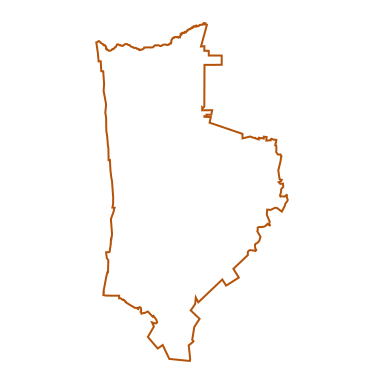 Tamuín, San Luis Potosí, Mexico (Robinson projection)
{"feature_id": "50627088B83737206456413", "entity_name": "Tamuín", "entity_type": "district", "adm_level": 2, "iso_a3": "MEX", "parent_name": "Mexico", "parent_adm1": "San Luis Potosí", "projection": "robinson", "projection_center": [-98.718, 22.082], "detail": "fine", "context": "isolated", "style": "outline", "palette": "amber", "viewbox_px": 384, "rotation_deg": 0, "n_neighbors": 0, "source": "geoboundaries", "source_scale": "gbopen_adm2", "svg_char_len": 5729}
<svg xmlns="http://www.w3.org/2000/svg" viewBox="0 0 384 384"><path d="M169.3,358.9L189.8,361.0L190.2,359.0L188.7,345.4L192.8,342.1L193.5,341.3L192.2,339.8L194.3,326.9L199.6,318.8L190.7,310.4L194.8,304.7L195.2,303.7L195.8,297.5L198.3,302.3L222.3,279.5L226.1,285.6L238.8,277.6L233.4,268.8L247.5,255.4L247.9,255.0L247.8,254.2L247.8,252.5L248.0,251.8L248.7,250.8L249.8,250.2L250.5,250.2L253.2,250.4L254.4,250.7L255.4,251.0L256.3,250.0L255.3,248.5L255.2,248.1L255.0,244.9L255.1,244.5L255.4,243.9L255.7,243.7L257.3,243.0L259.3,240.8L260.5,236.8L257.3,231.3L257.7,230.5L257.7,227.6L258.5,227.1L262.1,227.0L262.2,226.9L264.1,226.7L265.8,225.7L266.6,224.5L267.1,224.4L270.5,225.7L268.9,223.8L269.2,223.8L269.7,221.8L269.6,221.4L266.9,215.1L266.8,214.3L267.2,209.6L270.6,209.9L275.0,207.8L277.0,208.0L281.8,211.6L284.8,205.9L285.2,204.0L287.6,200.5L287.7,199.9L287.6,199.4L286.8,197.3L286.9,195.1L286.6,194.9L284.5,196.6L280.9,196.2L280.5,196.5L280.0,195.6L281.1,191.8L281.1,189.7L281.4,188.8L283.2,187.0L283.0,183.6L280.3,183.9L278.7,182.2L281.0,181.2L281.7,179.8L279.6,179.2L278.7,173.3L278.3,170.4L279.8,164.2L279.9,163.9L280.7,160.3L281.0,157.2L281.1,156.9L281.5,156.6L280.7,154.8L280.5,154.5L278.1,154.6L277.1,153.5L276.2,152.1L276.2,151.9L276.4,149.0L276.2,145.6L275.2,145.2L275.5,144.7L275.5,143.4L275.7,143.0L276.0,142.7L276.0,141.9L276.4,140.0L276.3,139.8L273.7,139.7L271.5,138.7L271.2,138.8L270.5,139.6L270.5,140.0L270.6,140.3L266.3,140.6L266.6,137.0L263.8,136.7L263.7,138.6L261.4,138.0L260.2,138.4L259.9,138.4L259.4,137.8L259.1,137.6L258.7,137.8L258.6,138.1L258.6,139.4L255.3,138.3L255.2,137.9L254.6,138.0L253.8,137.9L253.3,137.8L253.2,137.6L250.6,136.8L250.2,136.5L242.5,138.4L242.5,133.9L209.6,122.7L210.8,117.1L204.4,116.8L204.4,116.2L206.6,116.3L206.5,114.7L211.3,114.8L212.2,110.2L202.2,110.3L202.2,107.3L203.0,108.0L204.1,106.9L204.3,105.8L204.5,64.9L221.7,64.8L221.7,60.2L221.7,55.5L208.8,55.5L208.7,50.8L204.3,50.8L204.4,46.2L201.0,46.5L206.9,24.9L206.9,24.7L206.4,24.6L205.5,24.6L205.5,24.4L205.6,24.2L205.3,23.9L205.2,24.0L205.1,23.9L205.2,23.6L204.8,23.7L204.8,23.3L204.5,23.3L204.3,23.0L204.1,23.0L204.0,23.3L203.4,23.5L203.5,23.8L203.9,24.0L203.7,24.2L203.3,24.2L203.0,24.7L202.6,24.7L202.4,24.4L202.1,24.5L201.7,24.7L201.4,24.9L200.6,24.8L199.8,25.1L199.5,25.0L199.2,25.6L198.2,26.2L197.4,26.2L196.6,25.5L196.2,25.5L195.4,26.0L195.3,26.4L195.4,26.6L194.6,26.5L194.5,26.3L194.3,26.3L194.1,26.6L193.5,26.3L193.2,26.6L193.2,27.4L193.0,27.6L192.9,27.6L192.5,27.9L192.2,27.9L192.0,27.7L191.8,27.5L191.6,27.6L191.6,28.1L191.2,28.3L191.1,28.5L190.5,28.7L190.2,29.1L189.7,29.0L189.4,29.3L189.1,29.2L188.6,29.5L188.3,29.8L188.1,29.7L187.8,29.9L187.8,30.2L187.6,30.5L187.4,30.4L187.1,30.6L186.6,31.5L186.2,31.9L185.8,31.8L185.7,32.4L185.4,32.3L185.3,32.1L185.1,31.9L184.5,32.1L184.6,32.7L184.4,32.9L184.1,32.8L183.6,33.0L183.3,32.9L182.7,33.1L182.1,32.9L182.0,33.3L182.1,33.5L181.9,33.8L181.3,33.7L181.1,33.8L180.9,33.7L180.7,33.8L180.8,34.2L181.0,34.6L181.0,34.9L180.7,34.9L180.7,35.1L180.9,35.2L180.7,35.4L180.0,36.2L180.0,36.9L179.8,37.1L179.8,37.3L179.4,37.2L178.8,37.1L178.5,37.6L177.7,37.4L177.7,37.1L175.3,37.0L174.8,37.1L174.2,37.8L173.9,37.9L173.6,37.5L173.4,37.5L172.8,38.1L172.7,38.3L172.4,38.5L172.2,39.2L171.9,39.3L171.6,39.8L171.6,40.1L171.3,40.5L171.4,41.1L171.3,41.4L171.3,42.0L171.1,42.1L171.0,42.5L171.2,42.9L170.8,43.7L169.9,43.8L169.5,44.1L169.4,43.9L168.8,44.4L168.7,44.7L167.6,45.1L167.1,45.0L166.6,44.7L164.0,44.6L163.1,44.7L162.5,45.2L161.5,45.6L161.2,46.0L160.1,46.1L159.0,45.4L158.3,45.4L157.8,45.2L157.2,45.2L156.4,45.6L155.3,45.2L154.2,45.8L153.4,47.0L152.9,47.3L150.6,47.5L147.8,47.3L146.8,47.5L145.9,47.4L145.5,47.5L144.2,47.5L143.8,48.5L142.8,49.2L141.8,49.7L141.3,49.5L140.6,49.7L140.2,50.0L139.7,50.2L139.0,49.9L138.7,49.0L137.8,48.7L137.1,48.9L136.7,48.4L136.2,48.1L135.4,47.9L133.8,47.9L133.3,47.6L132.8,47.0L131.7,46.8L130.8,46.5L129.6,45.1L128.3,45.0L127.5,44.3L127.0,44.1L126.7,44.2L126.2,44.0L125.7,44.0L125.3,44.1L124.3,44.6L122.9,45.9L121.9,45.8L120.4,45.1L120.2,45.4L119.9,45.3L119.2,45.0L118.3,44.4L117.0,44.5L116.7,45.3L116.0,46.6L115.5,47.3L114.7,47.4L114.2,48.3L113.3,49.2L112.7,49.0L112.4,49.1L111.2,50.3L110.5,50.6L110.1,50.5L109.8,50.8L109.1,50.8L108.4,50.5L107.9,50.0L107.0,49.8L106.8,49.5L106.8,48.9L106.0,48.8L105.9,47.9L106.2,47.1L106.0,46.8L105.8,46.4L105.3,45.9L105.2,45.5L105.1,45.3L104.8,45.2L104.5,45.6L103.7,45.3L103.3,44.8L103.2,44.3L100.8,42.9L100.7,42.5L100.3,42.4L100.0,42.0L99.2,41.2L98.6,41.1L97.0,42.3L96.3,42.4L97.9,53.3L98.6,61.4L100.7,61.3L101.3,71.2L103.2,71.3L104.0,82.4L104.1,84.4L103.6,90.8L106.0,103.8L106.0,105.8L105.3,112.7L106.1,117.5L106.3,130.9L107.3,136.7L107.2,138.2L107.5,139.9L107.9,145.6L108.4,148.2L108.6,160.2L109.9,160.0L110.5,170.8L111.4,178.1L112.0,181.1L113.2,197.6L113.1,203.4L112.9,205.3L112.4,207.6L114.6,207.8L114.1,209.1L113.8,210.6L113.8,211.0L110.9,219.1L112.0,233.7L112.0,234.8L111.3,239.3L111.0,239.1L110.7,243.8L110.8,243.8L109.7,251.2L109.4,252.1L106.1,252.3L106.8,258.0L108.3,260.2L108.0,272.3L107.3,272.3L106.2,277.2L103.6,290.9L103.5,292.4L103.8,292.4L103.7,292.9L103.4,295.1L106.3,295.6L119.1,295.7L119.1,298.3L119.9,298.2L120.6,298.3L122.6,299.8L123.0,299.9L123.5,299.7L123.8,300.1L124.2,300.1L124.8,300.8L125.3,301.6L125.8,301.7L125.8,302.0L125.7,302.3L128.0,303.7L130.2,305.1L132.7,306.5L134.7,307.8L138.0,307.9L138.1,308.0L137.6,308.6L137.7,308.9L138.2,309.1L138.5,308.3L139.2,307.2L139.7,307.2L140.4,307.5L140.7,307.8L141.0,308.5L141.2,310.6L140.6,311.8L141.2,312.2L141.5,313.7L143.6,313.0L144.8,312.9L147.9,311.5L152.7,316.7L153.4,315.9L156.3,319.7L157.2,322.3L156.3,323.2L155.1,323.4L152.0,322.4L153.9,326.5L147.9,337.0L157.7,348.5L162.7,345.0L169.3,358.9Z" fill="none" stroke="#b45309" stroke-width="2"/></svg>